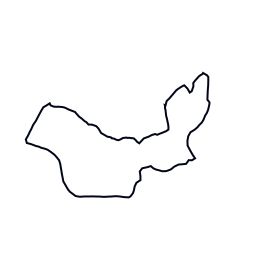 Qakh District, Qax, Azerbaijan, rotated 240°
{"feature_id": "54616110B49356278605879", "entity_name": "Qakh District", "entity_type": "district", "adm_level": 2, "iso_a3": "AZE", "parent_name": "Azerbaijan", "parent_adm1": "Qax", "projection": "orthographic", "projection_center": [46.895, 41.256], "detail": "fine", "context": "isolated", "style": "outline", "palette": "ink", "viewbox_px": 256, "rotation_deg": 240, "n_neighbors": 0, "source": "geoboundaries", "source_scale": "gbopen_adm2", "svg_char_len": 2182}
<svg xmlns="http://www.w3.org/2000/svg" viewBox="0 0 256 256"><g transform="rotate(240 128 128)"><path d="M188.5,72.5L188.3,69.3L188.3,65.1L186.3,61.5L183.3,56.6L180.3,51.9L178.1,47.4L175.3,43.5L173.7,40.9L171.3,37.5L169.2,33.8L165.6,32.9L162.6,35.9L160.8,37.4L158.3,39.4L156.7,41.2L155.4,42.2L154.3,42.9L151.9,45.4L149.4,47.5L145.9,49.2L141.7,50.9L139.1,51.5L134.5,52.2L130.6,51.3L128.3,50.4L125.5,49.4L121.1,47.7L118.1,46.7L114.1,45.3L111.5,45.3L104.7,45.3L101.8,45.8L97.4,47.7L95.3,48.6L92.6,51.8L90.6,55.8L88.8,58.9L86.9,62.4L85.0,65.5L82.9,69.0L80.4,72.7L78.6,76.3L76.9,79.5L75.1,83.3L72.7,86.8L70.3,89.8L67.7,93.7L67.6,93.8L67.5,95.9L69.1,99.7L71.0,101.9L74.0,104.5L76.4,108.0L76.6,112.7L80.3,114.8L84.5,116.5L86.0,120.2L84.4,125.2L83.6,128.7L80.4,129.8L77.9,131.6L76.3,133.3L73.3,136.2L71.5,139.7L70.7,144.3L71.4,148.9L71.0,153.7L69.3,157.2L67.9,160.5L69.8,164.5L68.1,167.2L68.1,167.5L68.2,170.9L72.3,170.6L77.1,170.6L82.9,170.8L87.1,173.0L90.7,176.0L93.1,180.0L93.2,184.7L93.9,188.5L94.9,191.1L95.8,194.5L97.2,197.2L100.2,201.1L101.7,203.9L103.7,206.5L106.6,209.2L108.2,210.6L109.9,211.7L109.6,211.4L112.8,210.9L120.4,215.7L124.6,218.6L128.0,220.7L132.1,223.1L134.3,222.7L136.8,221.3L138.1,220.5L137.6,220.0L137.4,215.7L135.5,209.8L134.3,207.0L131.4,205.5L128.0,201.6L127.8,199.2L132.5,199.2L136.8,198.1L137.0,196.8L137.0,194.2L136.8,190.6L136.4,188.3L135.3,185.3L134.5,183.0L133.0,178.8L132.0,174.9L128.5,171.5L129.1,171.2L127.8,170.8L126.9,170.0L124.9,169.5L121.9,168.2L119.7,167.2L116.4,166.3L113.4,165.3L111.7,164.8L109.0,163.7L106.4,162.2L106.2,159.3L106.7,155.5L107.2,152.6L107.5,149.9L109.2,148.5L110.0,145.2L110.2,141.3L111.1,136.6L109.9,132.6L109.1,130.1L111.9,128.8L112.9,128.8L116.2,127.8L117.6,125.8L118.9,124.2L119.6,122.7L120.6,121.7L121.9,118.5L121.9,115.9L122.2,113.6L124.0,111.7L125.7,110.7L127.2,108.8L128.0,108.8L129.5,107.4L130.8,105.8L133.3,104.4L135.7,103.0L137.1,102.2L140.2,102.2L142.7,102.1L145.5,101.4L148.8,98.6L150.8,95.5L154.1,94.8L155.4,93.9L159.4,92.6L161.8,91.5L163.7,91.0L168.4,90.1L171.4,87.7L173.2,86.2L177.2,83.5L178.9,81.7L181.1,78.6L182.1,76.7L183.6,74.4L186.3,72.3L188.5,72.5Z" fill="none" stroke="#020617" stroke-width="2"/></g></svg>